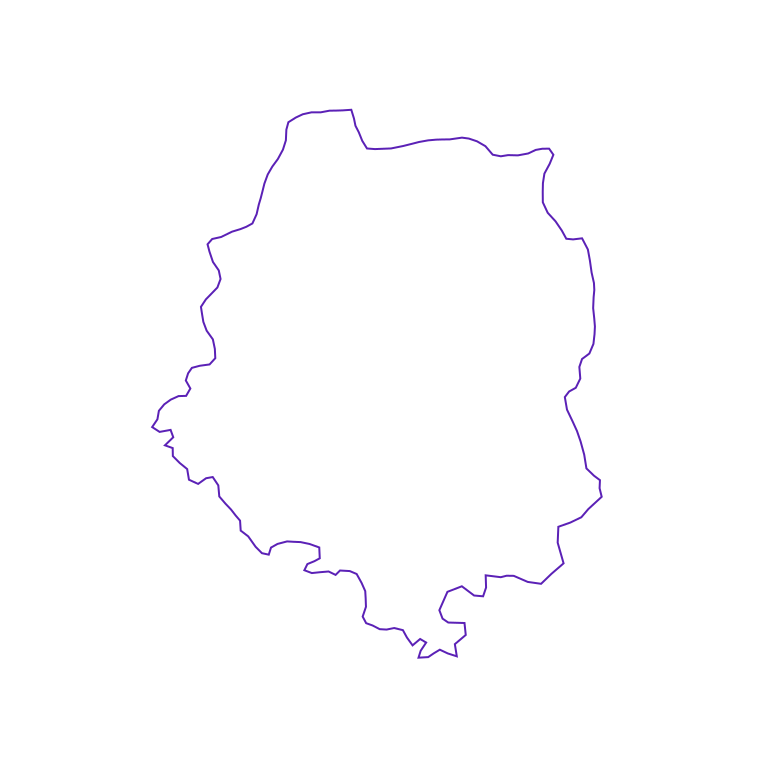 Cascalho Rico, Minas Gerais, Brazil (Robinson projection), rotated 163°
{"feature_id": "56859067B3095618205564", "entity_name": "Cascalho Rico", "entity_type": "district", "adm_level": 2, "iso_a3": "BRA", "parent_name": "Brazil", "parent_adm1": "Minas Gerais", "projection": "robinson", "projection_center": [-47.868, -18.565], "detail": "fine", "context": "isolated", "style": "outline", "palette": "violet", "viewbox_px": 768, "rotation_deg": 163, "n_neighbors": 0, "source": "geoboundaries", "source_scale": "gbopen_adm2", "svg_char_len": 2662}
<svg xmlns="http://www.w3.org/2000/svg" viewBox="0 0 768 768"><g transform="rotate(163 384 384)"><path d="M335.1,655.8L343.7,657.8L349.6,659.4L356.2,661.3L365.0,662.3L374.0,665.0L382.8,665.7L390.4,664.6L398.9,662.3L403.0,655.8L406.6,645.7L412.1,637.7L419.7,630.2L427.2,624.6L433.9,618.4L439.8,610.6L444.0,603.6L447.6,597.7L451.2,592.3L456.2,583.6L462.9,576.0L469.7,574.6L476.0,574.1L484.8,574.1L496.8,572.2L505.9,572.9L511.9,569.2L512.2,561.6L511.9,550.7L508.8,540.9L509.6,532.2L515.1,525.0L522.7,520.8L529.6,517.0L536.5,511.3L537.6,503.7L538.6,496.2L538.0,486.8L534.6,476.7L535.5,467.0L537.8,458.0L545.1,453.7L554.8,455.3L563.0,455.6L568.2,451.5L572.5,445.3L570.5,436.3L576.7,430.5L584.0,432.5L592.5,431.4L600.1,428.8L607.1,424.2L611.0,416.5L618.3,410.6L612.6,403.8L601.5,402.5L601.1,394.7L611.4,389.4L604.8,384.5L607.0,376.8L602.4,368.1L597.1,360.2L598.5,349.5L591.0,342.8L581.7,345.9L575.0,345.1L572.1,335.5L574.4,324.6L570.6,315.9L567.0,308.7L564.3,301.6L561.6,295.4L563.9,285.7L558.4,278.0L554.4,265.9L550.2,257.9L544.1,254.5L539.9,260.6L532.6,262.2L522.7,261.8L516.5,259.5L510.0,257.2L502.0,252.8L493.7,246.6L496.4,236.1L502.4,234.9L509.9,234.2L514.6,229.2L508.3,224.3L500.1,222.7L491.8,220.9L486.1,215.6L480.6,218.5L471.4,215.1L465.7,210.3L463.6,200.4L462.5,191.4L464.2,184.4L466.4,176.2L472.4,167.8L471.0,160.5L465.5,156.4L459.8,150.8L453.3,148.4L445.7,147.7L437.9,143.1L436.2,134.9L433.1,125.7L424.0,129.6L419.3,124.4L426.9,118.2L431.0,112.2L421.6,109.9L415.1,111.9L408.3,113.6L401.8,107.7L394.0,102.3L392.3,114.5L379.2,120.1L376.9,131.9L392.3,137.1L396.6,142.5L397.2,151.5L384.1,166.7L368.7,167.8L359.7,155.4L351.3,152.0L345.9,159.5L342.7,171.3L328.8,165.1L322.8,164.8L316.0,162.6L304.4,152.7L292.2,147.0L279.4,153.5L264.7,160.0L264.3,181.5L259.0,196.5L246.4,197.0L234.2,198.9L225.1,204.7L208.8,212.5L208.3,221.3L205.6,228.9L210.0,234.9L215.1,244.1L213.2,257.9L212.8,271.5L213.2,282.6L214.6,293.2L216.5,306.0L214.9,318.6L209.2,322.7L201.7,324.3L194.7,331.8L192.2,343.2L187.3,350.0L178.7,353.1L172.0,361.1L168.1,370.1L165.5,377.3L163.8,385.1L161.8,395.4L158.2,405.6L155.4,412.4L153.7,419.2L152.9,429.8L151.0,441.9L149.7,453.0L152.0,465.4L160.9,467.0L167.2,469.6L169.1,478.8L172.4,489.4L177.4,499.9L179.0,511.3L176.0,521.4L173.3,529.6L169.1,538.3L161.2,546.1L155.0,553.7L157.3,560.8L163.9,562.7L170.5,563.5L178.7,562.3L189.1,563.5L198.4,566.6L205.7,567.6L213.0,571.5L217.5,581.8L224.1,588.9L231.1,593.9L237.4,596.8L249.6,598.7L256.4,600.7L262.6,602.4L270.6,604.1L279.8,605.2L286.6,605.5L296.2,606.0L308.4,607.2L324.0,611.3L331.4,614.2L333.7,622.9L334.5,632.1L335.8,639.3L335.1,646.6L335.1,655.8Z" fill="none" stroke="#5b21b6" stroke-width="2"/></g></svg>